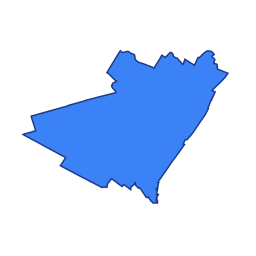 the district of Jilava, Ilfov, Romania, rotated 174°
{"feature_id": "2599482B22366315272934", "entity_name": "Jilava", "entity_type": "district", "adm_level": 2, "iso_a3": "ROU", "parent_name": "Romania", "parent_adm1": "Ilfov", "projection": "robinson", "projection_center": [26.086, 44.34], "detail": "fine", "context": "isolated", "style": "filled", "palette": "blue", "viewbox_px": 256, "rotation_deg": 174, "n_neighbors": 0, "source": "geoboundaries", "source_scale": "gbopen_adm2", "svg_char_len": 4653}
<svg xmlns="http://www.w3.org/2000/svg" viewBox="0 0 256 256"><g transform="rotate(174 128 128)"><path d="M222.9,150.0L223.0,149.6L222.9,148.9L222.9,148.5L221.6,142.5L220.4,136.4L220.1,134.9L221.1,134.8L225.0,134.0L226.8,133.7L228.8,133.4L231.4,133.0L232.0,132.8L232.3,132.7L233.0,132.5L229.7,130.1L228.5,129.4L226.9,128.3L225.6,127.3L225.3,127.1L222.5,125.3L217.8,122.1L212.4,118.3L204.3,112.8L201.5,110.9L199.0,109.1L193.0,105.1L199.2,97.6L195.1,94.8L181.1,85.4L178.1,83.4L163.5,73.8L160.3,71.6L156.4,71.7L155.7,71.7L155.7,71.4L155.7,71.2L155.1,71.4L154.9,71.5L154.8,72.4L154.5,73.6L154.4,73.8L154.2,74.3L154.0,74.7L153.9,74.8L153.6,75.3L153.2,75.7L149.6,79.3L149.0,78.7L141.6,71.8L139.9,70.4L138.2,72.3L136.1,70.4L132.0,66.6L131.7,66.4L131.3,68.8L128.9,70.5L128.3,70.9L127.8,71.0L127.4,71.3L127.3,71.6L127.2,72.1L127.2,72.3L127.1,72.9L126.5,73.0L126.4,73.5L126.3,73.1L126.6,71.9L126.2,70.2L126.0,69.7L124.0,67.2L123.5,67.1L123.3,67.1L123.2,67.2L122.5,67.3L122.2,66.8L120.5,63.6L117.1,57.0L116.3,57.3L116.1,57.3L115.7,57.3L115.7,57.0L115.2,57.2L113.0,53.5L112.7,52.6L112.0,52.2L111.6,52.1L110.8,50.7L110.6,50.7L108.9,50.6L106.6,50.3L106.4,51.2L106.2,52.2L107.1,52.5L106.9,52.6L106.6,53.7L107.3,53.9L107.3,54.1L107.0,54.8L106.9,54.7L106.6,55.6L107.0,55.7L106.7,56.4L106.4,56.3L106.1,57.1L106.4,57.2L106.1,58.3L105.0,58.1L104.7,58.8L106.5,59.3L106.3,59.9L105.9,61.4L105.7,61.8L105.3,63.0L105.9,63.1L105.9,63.3L106.5,63.6L106.1,64.9L105.7,64.6L105.2,64.3L105.0,64.2L104.9,64.4L104.9,64.6L103.7,69.2L103.4,70.4L103.2,70.5L103.9,71.1L100.9,74.5L99.1,76.7L97.9,78.0L92.6,84.1L87.8,89.9L87.7,89.9L83.4,94.6L78.7,99.8L73.5,105.7L74.8,106.2L72.4,110.5L70.6,110.1L67.2,113.5L67.0,113.4L63.6,116.9L60.2,120.9L60.2,121.0L56.3,125.6L56.2,125.8L55.4,126.7L54.7,127.5L53.1,129.4L51.8,130.9L50.2,132.8L49.9,133.1L48.4,135.3L45.9,139.2L46.3,139.8L44.5,143.1L42.7,146.4L42.6,146.5L42.1,147.1L42.4,147.1L42.3,147.3L41.9,147.9L41.4,148.5L40.7,149.4L40.6,149.6L40.1,150.4L38.4,153.3L37.5,154.8L40.4,156.4L40.6,156.5L36.3,160.0L30.5,164.5L28.9,165.8L26.8,167.7L26.0,168.4L25.2,169.3L24.0,170.7L22.9,172.0L32.9,177.2L32.8,178.9L32.8,179.5L32.8,179.8L32.8,180.1L32.8,180.9L32.8,181.3L32.9,182.0L33.4,182.4L33.9,182.6L35.1,182.9L35.9,183.2L35.9,183.3L35.8,183.5L35.4,184.5L35.1,185.6L34.6,186.7L34.6,186.9L34.6,187.4L34.8,187.5L35.1,187.9L35.4,188.2L35.8,188.7L36.3,189.2L36.8,189.7L36.9,189.9L36.9,190.3L36.9,190.6L36.6,190.8L36.1,191.2L35.1,191.8L34.7,192.1L34.6,192.3L34.8,192.5L35.6,193.8L36.1,194.5L36.6,195.0L37.5,195.6L38.2,195.9L39.6,196.2L40.7,196.4L41.3,196.2L41.9,196.1L42.6,195.8L43.4,195.3L44.3,194.7L44.7,194.3L45.7,193.7L47.0,192.8L47.9,191.9L48.8,191.3L49.3,190.9L49.7,190.6L50.2,190.3L50.5,190.4L50.9,190.7L51.0,190.8L51.1,190.7L52.7,187.9L54.4,185.0L55.1,183.7L55.3,183.4L55.7,183.7L56.1,184.1L57.0,184.7L59.4,186.6L60.3,187.3L62.0,188.7L63.9,190.1L64.2,190.4L64.6,189.5L65.4,187.8L66.0,186.5L66.4,185.8L66.9,185.4L67.9,186.9L68.8,188.2L70.3,190.3L70.7,190.8L71.3,191.6L71.9,192.5L72.1,192.5L72.3,192.5L72.5,192.6L73.1,192.8L73.3,192.9L73.6,193.1L73.8,193.2L74.1,193.4L74.4,193.7L74.5,193.7L74.8,194.1L75.2,194.6L75.2,194.8L75.3,195.0L75.4,195.5L75.6,196.6L75.6,196.9L75.8,197.2L75.9,197.3L76.0,197.4L76.1,197.6L76.3,197.8L76.5,198.0L76.8,198.3L77.0,198.5L77.5,198.8L78.1,198.7L82.2,195.4L83.2,194.5L83.6,194.4L83.9,194.7L86.8,196.8L89.3,193.2L89.7,192.8L91.3,190.6L92.3,189.4L93.6,187.8L94.9,186.2L95.6,184.7L96.4,185.2L97.5,185.9L98.4,186.4L99.2,186.8L100.0,187.3L100.8,187.6L101.7,188.0L102.6,188.5L103.1,188.8L103.9,189.3L104.8,189.6L105.6,190.1L107.2,190.8L108.5,191.4L110.1,192.0L110.8,192.5L111.4,193.0L112.1,193.6L112.5,194.1L113.2,194.9L113.6,195.4L113.8,196.5L113.7,197.6L113.7,198.5L113.8,199.6L114.0,200.1L114.3,200.4L114.7,200.7L115.2,201.0L116.3,201.5L117.1,202.0L117.7,202.3L118.6,203.0L119.0,203.6L119.6,204.0L120.8,204.2L122.0,204.2L123.0,203.8L123.2,203.7L124.1,203.6L125.1,203.8L125.9,204.1L126.8,204.5L127.1,205.1L127.5,205.6L129.3,203.5L131.7,200.3L131.9,200.0L132.1,199.9L135.5,195.4L136.1,194.6L138.1,192.0L141.8,187.2L143.0,185.4L143.2,185.1L142.4,184.7L142.1,184.5L141.8,184.2L141.2,183.6L139.6,181.5L136.1,177.2L135.5,176.6L134.8,176.1L134.4,175.9L134.5,175.7L135.1,175.4L135.6,175.1L136.7,174.8L137.9,174.5L139.2,173.0L139.4,172.7L139.2,172.4L140.0,171.5L139.8,171.0L139.1,169.2L138.1,168.0L137.6,167.5L137.3,167.0L136.9,167.0L136.4,164.4L140.1,163.9L148.2,162.7L154.3,161.9L167.6,159.8L168.4,159.7L169.0,159.3L172.5,158.8L177.8,157.9L181.4,157.3L184.9,156.7L184.9,156.4L187.4,155.9L190.3,155.5L190.8,155.4L198.8,154.0L203.8,153.2L208.9,152.3L222.5,150.0L222.9,150.0Z" fill="#3b82f6" stroke="#1e3a8a" stroke-width="1.5"/></g></svg>